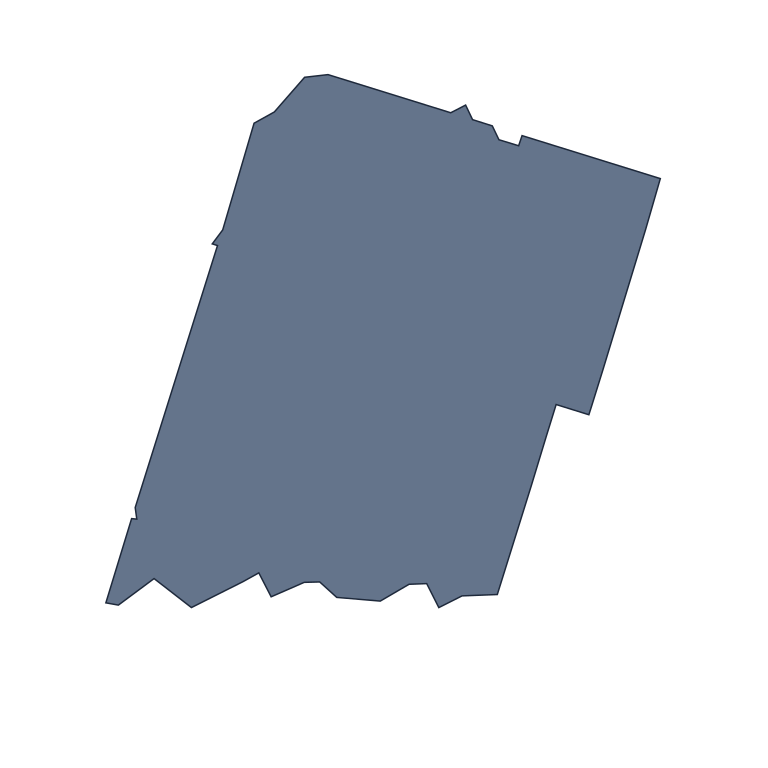 Harris, Georgia, United States of America, rotated 287°
{"feature_id": "52423323B69997643015907", "entity_name": "Harris", "entity_type": "district", "adm_level": 2, "iso_a3": "USA", "parent_name": "United States of America", "parent_adm1": "Georgia", "projection": "natural_earth1", "projection_center": [-84.945, 32.728], "detail": "fine", "context": "isolated", "style": "filled", "palette": "slate", "viewbox_px": 768, "rotation_deg": 287, "n_neighbors": 0, "source": "geoboundaries", "source_scale": "gbopen_adm2", "svg_char_len": 708}
<svg xmlns="http://www.w3.org/2000/svg" viewBox="0 0 768 768"><g transform="rotate(287 384 384)"><path d="M654.1,218.4L612.1,199.6L595.4,183.5L484.2,184.7L467.8,178.8L467.7,184.3L193.1,182.2L182.5,187.1L181.5,182.0L93.4,182.0L94.9,194.6L95.0,194.7L130.7,221.0L113.9,265.2L153.9,307.1L166.8,319.5L147.5,338.3L157.6,350.1L171.0,365.7L175.9,380.4L166.1,401.2L175.3,443.9L199.8,466.5L205.6,483.2L186.2,501.8L204.2,520.6L215.8,553.9L329.1,554.6L381.4,554.5L408.9,554.6L414.7,554.6L414.5,588.9L422.8,589.0L460.6,589.2L608.2,589.0L661.2,588.2L661.9,443.4L651.2,443.1L651.2,422.5L662.5,412.1L662.7,391.4L674.6,380.5L662.9,368.5L663.5,240.0L654.1,218.4Z" fill="#64748b" stroke="#1e293b" stroke-width="1.5"/></g></svg>